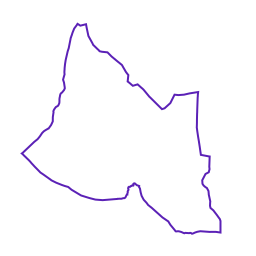 the district of Dhi As Sufal, Ibb, Yemen, rotated 6°
{"feature_id": "15242507B30509231446221", "entity_name": "Dhi As Sufal", "entity_type": "district", "adm_level": 2, "iso_a3": "YEM", "parent_name": "Yemen", "parent_adm1": "Ibb", "projection": "orthographic", "projection_center": [44.071, 13.832], "detail": "fine", "context": "isolated", "style": "outline", "palette": "violet", "viewbox_px": 256, "rotation_deg": 6, "n_neighbors": 0, "source": "geoboundaries", "source_scale": "gbopen_adm2", "svg_char_len": 3514}
<svg xmlns="http://www.w3.org/2000/svg" viewBox="0 0 256 256"><g transform="rotate(6 128 128)"><path d="M66.9,29.7L66.3,31.0L64.1,34.7L62.9,38.9L62.3,41.8L62.1,42.4L61.9,43.5L61.6,44.6L61.5,46.1L61.1,50.4L61.0,51.5L60.7,54.8L60.0,58.0L59.6,61.3L58.9,67.0L58.7,71.2L58.7,74.8L58.7,75.0L58.8,76.5L58.8,77.3L58.9,79.2L59.3,81.4L59.2,81.8L59.0,83.0L58.9,83.4L58.8,84.1L58.6,85.3L58.4,86.5L58.4,86.8L59.6,89.5L60.4,92.6L60.5,93.0L60.7,93.7L60.8,94.1L61.0,95.2L60.4,97.0L59.2,98.8L58.8,99.5L57.9,100.3L57.5,100.9L57.2,101.5L57.0,103.1L57.0,103.4L56.9,104.7L56.8,105.2L56.8,106.7L57.0,108.2L57.1,110.3L56.7,111.7L56.6,112.1L56.0,113.3L54.5,114.4L54.0,114.8L53.3,116.0L52.7,117.1L52.4,117.8L52.1,118.8L52.0,119.1L52.3,120.0L52.1,125.0L52.5,129.3L51.2,133.1L49.0,136.9L48.5,137.0L47.4,137.9L46.4,138.6L45.3,139.5L44.6,140.1L43.1,142.0L41.2,145.6L39.3,148.5L36.2,151.6L25.7,163.9L25.1,164.4L25.4,164.6L26.6,165.5L27.4,166.2L30.0,168.2L30.4,168.6L31.0,169.0L32.9,170.5L33.7,171.2L34.6,172.0L35.7,173.1L37.8,174.9L38.0,175.1L39.6,176.5L40.6,177.3L44.7,180.7L45.5,181.4L48.7,183.1L51.0,184.4L57.0,187.8L57.2,188.0L62.3,189.9L68.3,191.6L71.3,192.3L74.7,192.9L78.3,195.3L88.4,200.0L94.4,201.2L97.0,201.7L103.0,202.6L110.3,202.4L124.1,199.8L124.5,199.8L125.0,199.5L127.4,199.2L128.9,199.0L130.6,198.3L131.9,198.1L132.7,197.3L133.4,195.3L133.8,194.3L134.3,194.2L134.2,193.7L134.3,192.9L134.5,192.3L134.4,191.9L134.3,191.1L134.5,190.4L134.8,190.1L134.8,189.4L134.9,188.8L134.6,188.5L134.4,187.9L134.6,186.9L135.1,186.4L135.6,186.4L135.9,186.4L136.2,186.3L136.5,185.9L136.8,185.5L137.4,185.4L137.9,184.8L138.5,184.4L138.8,184.6L139.1,184.8L139.4,184.6L139.4,184.2L139.3,183.7L139.2,183.0L139.3,182.9L139.9,182.4L140.6,182.4L141.4,183.0L142.9,184.0L145.2,184.5L145.2,185.6L146.2,186.9L147.3,190.6L148.6,194.0L151.1,197.7L154.2,200.4L156.1,202.5L160.2,205.1L165.6,209.0L171.7,213.4L172.3,213.7L176.7,216.1L177.9,216.7L178.2,217.2L180.3,219.9L185.3,224.8L186.1,225.7L186.3,225.8L186.9,225.8L188.1,225.5L189.2,225.4L191.7,225.8L192.4,226.0L194.2,226.6L195.0,226.8L195.9,226.3L199.7,226.2L200.4,226.0L200.7,225.8L201.7,225.9L202.5,226.4L203.3,226.3L205.7,224.9L207.7,224.0L210.7,223.1L220.1,222.8L224.4,222.3L224.6,222.3L226.1,222.1L230.9,222.3L229.7,210.8L228.8,208.9L228.6,208.7L226.5,206.4L226.2,206.0L222.8,202.4L221.5,201.0L218.4,198.9L217.7,196.8L217.5,193.6L217.5,193.2L217.5,192.4L216.0,187.9L215.8,187.3L215.5,186.4L215.4,186.1L215.3,185.7L215.2,185.4L215.2,185.1L214.6,182.2L213.5,180.6L212.9,179.7L212.7,179.4L211.2,178.7L209.2,177.3L207.9,175.7L207.3,172.2L209.9,165.6L212.9,163.6L213.4,160.4L212.9,158.1L212.2,147.8L211.6,147.8L203.3,147.1L202.3,143.2L201.3,139.2L200.4,135.8L200.2,135.2L200.1,134.6L198.7,129.6L197.2,123.8L196.5,120.8L196.4,120.6L196.0,115.4L195.8,113.5L195.6,111.2L195.2,106.2L195.2,105.6L194.9,102.1L194.1,90.4L194.1,89.2L194.0,87.9L194.0,87.3L194.0,84.9L185.8,87.1L184.3,87.6L180.2,89.0L175.8,89.8L174.7,90.0L172.1,90.0L170.8,90.0L167.5,98.8L162.3,104.6L159.8,105.7L146.6,95.1L146.0,94.7L145.4,94.1L144.8,93.5L139.5,88.3L138.1,87.2L137.3,86.7L134.4,84.6L133.5,84.0L133.0,83.6L128.9,85.3L128.4,85.5L126.9,84.5L126.7,84.4L126.1,83.9L123.7,82.3L122.8,81.8L122.8,81.0L122.8,79.1L122.8,75.3L121.4,73.9L120.1,72.5L119.5,71.7L118.8,70.7L117.1,68.4L116.4,67.4L115.4,66.0L109.9,62.4L104.2,58.6L99.7,54.9L95.6,54.9L94.0,54.9L91.7,54.6L90.7,53.6L89.3,52.6L88.3,51.8L84.6,48.9L84.0,47.8L83.8,47.5L79.0,40.6L76.4,32.6L75.4,29.2L69.9,31.2L68.2,30.3L66.9,29.7Z" fill="none" stroke="#5b21b6" stroke-width="2"/></g></svg>